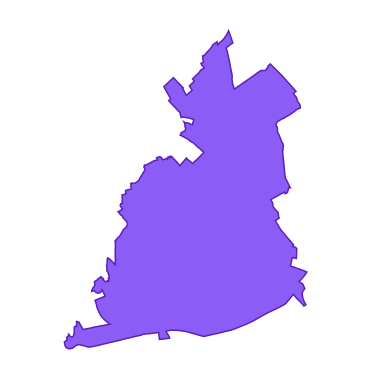 the district of Ruginoasa, Iasi, Romania, rotated 3°
{"feature_id": "2599482B22371739748147", "entity_name": "Ruginoasa", "entity_type": "district", "adm_level": 2, "iso_a3": "ROU", "parent_name": "Romania", "parent_adm1": "Iasi", "projection": "orthographic", "projection_center": [26.835, 47.264], "detail": "fine", "context": "isolated", "style": "filled", "palette": "violet", "viewbox_px": 384, "rotation_deg": 3, "n_neighbors": 0, "source": "geoboundaries", "source_scale": "gbopen_adm2", "svg_char_len": 6008}
<svg xmlns="http://www.w3.org/2000/svg" viewBox="0 0 384 384"><g transform="rotate(3 192 192)"><path d="M99.2,287.2L99.9,289.1L99.3,291.3L98.8,292.2L97.9,293.1L97.7,294.0L97.0,295.5L97.1,296.0L97.2,296.5L97.9,296.0L99.0,295.8L99.5,296.0L102.1,297.6L103.6,298.0L105.5,297.4L106.0,296.9L106.4,296.3L107.2,294.4L110.8,300.5L100.8,305.3L101.6,307.0L102.3,309.0L102.9,311.1L103.5,313.1L104.1,314.3L106.8,319.4L108.9,322.0L110.5,323.5L113.5,326.0L116.2,327.8L117.1,328.2L114.4,329.0L114.1,328.9L113.8,329.1L100.7,332.2L99.0,332.8L96.1,333.6L90.4,335.0L87.0,329.6L86.2,328.1L85.8,327.8L84.4,327.7L84.1,327.3L83.5,327.3L83.3,327.7L83.8,329.1L83.6,332.2L82.2,332.3L81.8,332.7L81.5,333.5L81.4,334.0L81.6,335.4L81.8,338.7L81.3,341.0L81.1,341.7L80.5,342.5L79.9,343.0L78.6,342.9L77.9,342.4L76.8,341.1L76.4,340.3L76.2,340.3L76.2,341.8L75.9,342.3L74.8,343.4L74.5,344.0L74.5,344.5L74.6,345.1L75.1,346.1L72.3,348.6L72.9,350.3L73.3,352.2L74.4,353.8L76.7,354.9L78.4,354.9L80.5,354.4L82.2,353.2L83.3,352.0L84.7,351.1L86.1,350.5L88.3,350.5L93.4,351.5L96.2,352.3L99.4,351.9L106.9,350.0L109.8,348.9L114.2,347.8L118.0,346.5L121.5,345.7L121.8,345.5L129.0,343.5L129.3,343.1L136.3,341.2L141.1,339.7L145.0,338.6L148.7,337.7L150.0,336.9L152.9,336.2L155.8,335.9L165.3,334.2L166.0,334.1L167.2,340.9L171.3,340.3L176.0,339.4L177.4,339.0L176.4,337.0L173.6,333.1L173.6,332.4L173.7,332.2L178.9,331.0L180.0,331.1L185.6,330.9L193.7,331.7L210.6,335.5L211.7,335.6L221.3,332.8L225.2,331.8L235.2,328.7L235.2,328.8L238.6,327.8L242.9,326.0L250.7,322.2L253.9,320.8L256.7,319.3L261.5,316.5L267.5,312.6L274.1,308.6L280.1,305.3L280.6,305.2L289.8,299.8L291.8,298.1L297.1,290.9L298.7,288.9L302.1,292.7L307.8,297.9L309.7,300.0L311.7,298.7L311.0,297.6L309.8,295.6L308.5,292.9L307.5,289.1L307.5,286.0L309.7,282.6L307.5,278.2L307.0,277.8L303.7,275.9L308.9,269.3L310.9,265.9L309.5,265.3L303.3,263.3L300.3,262.6L298.3,261.8L294.2,260.9L295.5,252.3L299.7,252.9L299.6,243.2L298.3,241.8L295.2,241.0L296.2,239.4L290.7,233.7L282.9,225.3L281.9,224.0L276.7,216.3L280.4,213.5L279.8,212.1L279.5,210.3L278.9,207.7L276.7,205.8L273.9,202.5L273.7,202.1L273.3,199.9L272.8,198.1L271.1,195.5L273.8,193.7L284.3,187.2L285.0,188.9L287.3,187.6L288.4,182.5L289.9,182.7L287.0,177.3L284.7,173.5L284.4,172.6L283.6,168.1L280.3,146.3L280.8,145.2L280.6,142.6L280.9,141.5L280.3,138.8L279.6,138.5L276.1,130.9L274.2,127.1L273.9,123.3L273.5,122.2L272.8,122.0L272.5,120.9L273.0,118.2L273.4,117.5L278.8,113.8L279.6,113.8L281.3,112.5L287.2,108.6L291.7,104.7L293.0,103.7L295.8,102.5L295.6,100.7L295.0,98.9L294.7,98.3L293.4,97.0L292.4,95.3L291.7,92.8L291.2,91.9L289.2,89.7L288.4,88.5L288.4,88.1L290.6,86.0L275.7,71.0L263.4,60.0L261.1,62.7L261.3,62.9L261.3,63.5L260.7,64.3L260.4,64.4L259.0,66.8L256.7,66.9L255.8,66.8L254.2,67.3L250.8,69.8L245.2,74.4L228.9,87.0L226.8,81.5L226.1,77.3L226.0,76.5L226.1,75.0L226.1,74.2L225.5,71.4L224.6,68.1L222.5,59.4L221.2,54.6L220.1,50.6L218.6,46.3L219.0,45.9L221.0,44.1L221.8,43.5L223.4,42.1L224.3,41.4L225.0,41.1L222.5,34.7L220.1,29.1L218.4,33.1L217.2,35.1L215.6,37.6L214.5,38.9L211.8,41.5L209.9,43.7L209.1,40.7L205.2,43.8L203.2,47.4L200.7,50.5L199.6,51.5L197.6,54.6L197.4,54.8L196.4,55.0L195.6,55.5L195.6,57.0L195.9,58.8L196.7,61.7L194.2,63.1L195.5,65.4L196.1,65.6L196.9,66.2L197.8,67.4L194.5,69.7L194.1,70.2L192.8,72.3L186.6,79.1L188.5,81.2L183.8,86.3L186.8,90.4L181.5,95.5L181.1,95.8L177.3,88.9L177.7,88.4L174.6,85.5L174.1,85.2L174.1,84.9L171.4,82.7L170.3,81.5L167.4,78.8L158.4,88.3L159.3,89.8L165.7,99.9L165.8,100.2L163.9,102.1L166.2,104.2L175.6,113.2L175.8,113.5L177.3,118.3L178.6,117.7L180.3,117.8L184.5,118.2L190.1,119.5L188.7,124.9L187.8,124.7L185.5,123.5L183.7,123.4L182.9,123.1L181.8,123.2L180.3,122.4L180.6,122.9L181.3,125.0L181.7,127.3L182.3,129.1L182.3,129.9L181.9,130.7L181.2,131.6L180.4,132.1L178.5,133.1L178.0,133.6L177.9,134.2L177.9,134.9L177.2,135.8L184.8,139.3L186.7,140.5L186.8,140.8L189.2,142.3L190.2,142.6L191.4,143.3L192.1,144.1L194.0,145.6L198.5,149.1L201.7,151.8L201.1,152.6L198.6,155.4L197.2,157.2L195.8,158.7L193.1,161.3L191.2,163.5L185.8,159.6L185.4,159.7L185.3,159.4L185.4,159.2L184.7,158.3L178.5,166.4L177.0,164.5L169.6,157.4L168.8,157.5L168.7,158.7L167.6,157.7L166.0,158.5L166.0,159.0L166.2,159.7L166.2,160.0L166.0,160.4L165.9,160.5L165.0,159.8L161.0,161.4L159.7,159.2L158.0,158.3L154.8,159.7L155.8,161.8L152.4,162.8L144.6,167.5L144.2,167.4L143.5,168.2L143.0,167.8L142.9,168.1L142.9,168.5L142.7,169.7L142.8,170.0L143.4,170.9L143.8,171.1L143.8,172.5L138.9,181.5L138.4,183.1L137.9,183.6L137.3,184.0L135.1,185.9L134.2,186.2L132.5,186.3L131.2,186.2L130.4,186.7L130.4,187.2L130.7,188.1L130.7,190.2L131.3,191.5L131.3,192.0L130.4,192.5L127.1,193.4L125.9,193.9L125.6,194.1L125.6,194.3L125.7,195.2L126.1,196.5L126.2,197.0L125.4,197.2L124.6,197.9L122.3,198.6L122.7,202.3L122.7,205.1L123.2,206.8L122.8,207.1L121.5,207.4L121.4,207.6L121.0,209.2L121.1,209.6L121.3,210.0L121.8,210.4L122.2,211.1L123.2,212.2L122.7,212.8L123.0,213.2L119.1,215.7L120.0,216.3L120.5,216.5L121.3,218.1L122.0,218.7L122.6,218.9L123.9,219.8L124.2,221.1L127.2,223.9L128.8,225.7L129.2,227.3L129.1,228.4L128.1,230.5L126.8,232.0L125.8,232.7L124.8,234.7L124.3,235.3L124.1,235.8L122.3,239.5L119.9,242.1L119.2,243.1L117.7,244.9L118.2,245.2L118.0,246.9L118.4,249.4L118.4,255.1L118.7,259.3L118.7,261.4L119.1,263.1L119.5,264.0L118.9,264.5L118.9,265.4L119.0,266.5L119.2,267.2L119.2,268.6L113.7,263.6L112.6,262.8L111.2,262.2L110.9,263.0L110.9,266.9L111.0,267.5L110.5,269.9L110.7,270.4L110.9,271.4L110.8,271.8L111.2,273.0L111.0,273.6L111.1,274.0L110.9,274.4L111.1,275.1L112.7,277.2L112.6,277.6L112.7,278.3L113.3,279.1L113.3,279.9L113.8,281.4L113.7,281.8L113.3,282.0L113.0,282.3L112.9,282.5L113.5,283.6L113.6,284.2L113.5,285.2L113.3,285.5L112.8,285.7L112.3,285.0L112.1,284.9L111.6,285.4L111.4,285.9L111.0,286.1L110.0,286.1L109.6,285.9L109.4,285.8L108.6,284.6L108.1,284.6L108.0,284.1L108.0,283.0L106.6,282.9L106.2,282.6L106.2,281.9L105.6,281.4L105.4,281.4L102.2,284.1L102.1,284.3L102.0,284.7L101.6,285.1L99.7,286.2L99.2,287.2Z" fill="#8b5cf6" stroke="#5b21b6" stroke-width="1.5"/></g></svg>